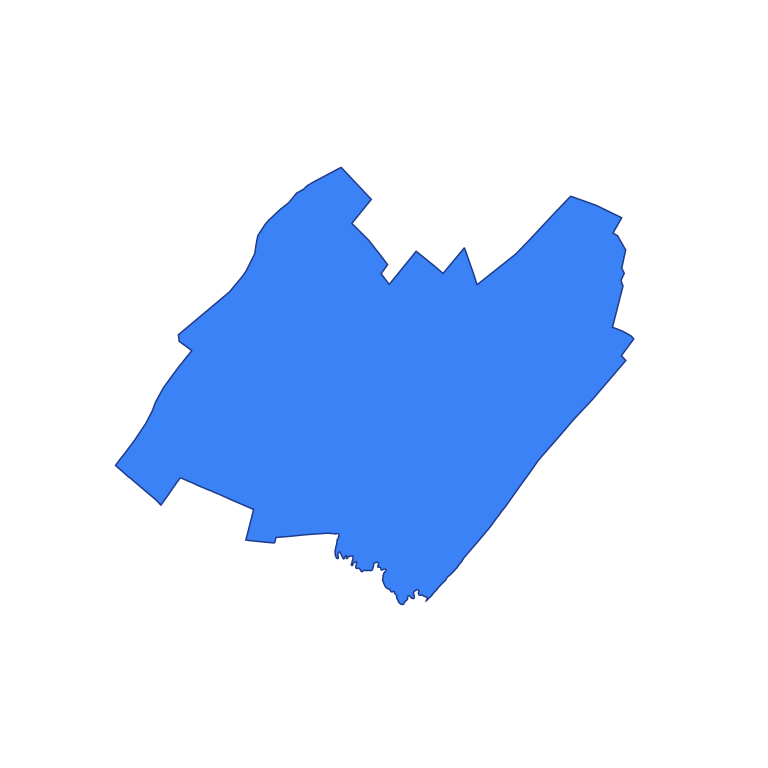 outline of Draganesti De Vede, Teleorman, Romania, rotated 160°
{"feature_id": "2599482B68753922423647", "entity_name": "Draganesti De Vede", "entity_type": "district", "adm_level": 2, "iso_a3": "ROU", "parent_name": "Romania", "parent_adm1": "Teleorman", "projection": "albers", "projection_center": [25.058, 44.14], "detail": "fine", "context": "isolated", "style": "filled", "palette": "blue", "viewbox_px": 768, "rotation_deg": 160, "n_neighbors": 0, "source": "geoboundaries", "source_scale": "gbopen_adm2", "svg_char_len": 6171}
<svg xmlns="http://www.w3.org/2000/svg" viewBox="0 0 768 768"><g transform="rotate(160 384 384)"><path d="M635.0,346.5L630.1,349.9L628.6,351.0L628.0,351.3L624.7,353.5L622.5,355.2L620.4,356.7L614.7,360.6L613.5,361.6L610.5,363.5L609.9,363.9L609.2,364.5L608.3,365.0L607.9,365.2L607.5,365.2L607.1,365.0L606.6,364.8L606.0,364.3L604.7,363.0L602.4,360.8L598.1,356.9L596.7,355.5L595.4,354.1L593.6,352.3L592.5,351.3L590.5,349.4L588.8,347.9L587.1,346.3L585.7,344.9L583.7,343.3L582.7,342.5L581.4,341.0L576.2,336.3L568.8,329.0L560.5,321.2L555.8,316.7L550.2,311.4L549.6,311.1L549.3,311.0L552.7,305.8L557.4,299.0L564.8,288.1L567.2,284.7L564.8,283.3L549.8,276.0L544.6,273.6L542.5,272.6L541.9,272.3L541.5,272.3L541.1,272.4L540.6,272.7L538.5,276.0L538.0,276.6L537.6,276.7L537.2,276.7L536.5,276.4L534.4,275.8L526.7,273.6L508.2,268.9L500.1,266.6L487.8,263.0L486.6,262.5L485.3,261.9L484.8,261.6L482.7,260.8L481.2,259.7L479.9,259.6L479.3,259.5L478.5,259.2L478.0,258.8L477.8,258.4L477.7,257.9L477.8,257.4L478.0,257.0L478.8,256.3L479.1,255.8L479.6,255.0L480.3,254.3L480.9,253.9L481.3,253.7L481.5,253.2L481.8,252.4L482.5,251.1L483.1,250.1L483.5,249.2L483.9,248.7L484.2,248.5L485.0,247.2L486.1,245.5L487.1,243.7L488.3,239.8L488.3,238.5L488.2,237.4L488.1,236.7L487.9,236.3L487.5,236.0L487.2,235.8L486.8,235.8L486.5,235.9L486.3,236.1L486.1,236.8L485.9,238.7L485.8,239.4L485.0,240.5L483.9,241.3L483.2,241.4L482.9,241.3L482.9,241.0L482.6,239.1L482.5,237.3L482.4,236.5L482.2,235.9L482.1,234.2L482.1,233.8L481.9,233.5L481.6,233.4L481.2,233.6L481.0,233.8L479.8,235.2L479.4,235.5L479.1,235.7L478.8,235.9L478.3,235.8L478.0,235.4L478.0,235.1L478.2,234.6L479.0,233.2L478.9,232.8L478.6,232.6L477.8,232.9L477.5,233.3L477.0,233.7L476.6,233.9L475.9,233.9L475.3,233.7L474.2,233.7L473.6,233.5L473.0,233.5L472.6,233.4L472.4,233.1L472.2,232.6L472.3,232.1L472.3,231.7L472.7,231.0L473.3,229.8L473.8,229.0L474.2,228.6L474.6,228.2L475.8,226.3L476.3,225.8L476.6,225.3L476.6,224.9L476.3,224.5L476.0,224.3L475.4,224.4L475.2,224.7L474.6,225.7L474.3,226.0L473.8,226.1L473.1,226.4L472.1,226.6L471.3,226.6L470.9,226.5L470.6,225.8L470.6,225.3L470.7,225.0L471.1,224.8L471.6,224.3L472.2,223.3L472.9,222.2L473.2,221.6L473.3,221.0L473.3,220.7L472.9,220.2L472.5,219.9L471.5,219.7L471.1,219.6L470.7,219.3L470.4,219.0L470.1,218.7L469.9,218.1L469.7,216.8L469.6,215.9L469.2,215.4L468.9,215.2L468.5,215.1L466.9,215.7L466.4,215.7L465.9,215.7L465.1,215.1L464.5,214.7L462.7,214.2L462.0,214.0L461.5,213.7L461.0,213.5L460.8,213.3L460.5,213.2L460.2,213.1L459.8,213.1L459.0,213.2L458.6,213.4L458.2,213.7L456.7,215.9L455.9,217.0L455.1,218.4L454.9,218.7L454.4,219.0L453.9,219.1L453.4,219.1L452.8,219.0L451.7,218.8L451.3,218.8L451.0,218.6L450.8,218.3L450.5,217.9L450.4,217.4L450.4,216.9L450.8,216.5L451.5,215.8L452.0,215.2L452.3,214.8L452.4,214.4L452.3,214.1L452.1,213.8L451.7,213.6L450.7,213.3L450.3,213.1L450.1,212.9L450.0,212.5L450.3,210.4L450.1,210.1L449.8,209.9L448.0,210.0L447.0,209.9L446.4,209.8L446.0,209.5L445.7,209.1L445.7,208.6L446.1,207.9L446.6,207.3L446.9,207.2L447.5,207.2L447.8,207.1L448.4,206.7L449.0,206.1L450.5,204.2L451.2,202.4L452.5,200.2L452.5,199.6L452.5,199.1L452.2,198.5L452.2,197.8L452.5,197.0L452.4,196.0L452.2,195.2L452.2,194.4L452.1,193.1L451.5,191.9L450.9,190.9L450.5,190.3L448.8,189.0L448.7,188.6L448.6,187.3L448.6,186.7L448.3,186.3L448.0,186.1L447.4,185.9L445.9,185.8L445.5,185.6L445.3,185.4L445.2,185.1L445.3,184.8L445.5,184.5L445.6,183.9L445.5,183.4L445.1,182.7L444.6,181.4L444.5,180.7L444.6,180.2L445.1,179.5L445.2,178.5L445.1,177.4L444.7,175.5L444.7,175.2L444.9,174.8L445.0,174.5L445.0,174.2L444.4,173.2L443.9,171.9L443.2,171.1L442.3,170.6L441.7,170.4L441.2,170.3L440.8,170.5L440.5,170.7L440.1,171.3L439.7,171.6L437.7,172.7L436.5,173.1L435.6,173.7L435.3,174.0L435.1,174.7L434.7,175.7L434.2,176.2L433.6,176.5L433.1,176.5L432.5,176.1L432.2,175.7L431.6,173.9L431.4,173.5L431.0,173.0L430.4,172.6L429.8,172.4L429.3,172.4L429.0,172.5L428.7,172.7L428.5,173.0L427.9,175.3L427.9,175.8L427.9,176.3L428.2,176.7L428.2,177.1L428.1,177.5L427.8,177.7L426.3,178.8L425.7,179.0L424.5,179.2L423.4,179.3L422.9,179.3L422.5,179.1L422.2,178.8L421.9,178.4L421.8,178.0L421.8,177.5L422.1,177.1L422.6,176.7L422.9,176.3L423.1,175.9L423.3,175.3L423.4,174.7L423.3,174.2L423.1,173.7L422.8,173.4L422.4,173.2L422.0,173.0L420.7,172.9L420.3,172.7L419.9,172.2L419.4,171.4L418.7,170.6L417.8,169.9L417.0,169.3L416.7,168.8L416.6,168.2L416.7,167.8L416.8,167.4L417.1,167.0L417.5,166.7L418.1,166.4L418.4,165.9L416.8,166.4L415.6,167.2L414.9,167.5L413.1,168.2L411.8,168.8L410.1,169.9L408.6,170.8L406.7,171.8L405.1,172.5L403.9,173.2L401.6,174.7L399.7,175.5L397.1,176.9L396.0,177.3L395.1,177.7L393.8,178.3L392.9,178.8L392.0,179.6L391.3,180.4L390.8,180.6L389.9,181.1L387.7,181.8L386.4,182.3L385.0,182.9L383.2,183.9L382.3,184.2L380.3,185.4L379.5,185.8L378.9,185.9L376.5,187.7L374.6,189.0L373.8,189.5L372.4,190.2L370.9,191.1L370.8,191.3L370.6,191.8L370.3,191.9L369.8,192.2L368.7,193.1L355.8,200.4L351.4,202.8L342.3,208.0L339.2,209.9L337.5,210.8L336.2,211.4L335.1,212.2L330.8,214.8L328.4,216.5L325.0,218.9L322.9,220.2L320.5,221.6L319.9,222.1L317.7,223.7L312.3,226.9L290.6,241.9L278.3,250.2L264.7,259.7L254.9,265.1L238.7,274.0L218.4,285.5L193.1,298.3L148.7,323.4L151.3,329.4L133.9,340.9L135.3,344.6L141.9,352.2L149.9,359.2L125.9,394.3L125.9,400.3L120.4,405.8L120.9,411.7L111.0,427.4L111.1,427.5L113.8,443.4L117.2,447.5L103.8,458.9L116.8,472.4L123.5,479.3L144.1,496.4L145.7,496.0L164.9,486.5L198.6,469.4L215.9,461.0L262.4,445.5L262.6,446.6L262.2,454.5L261.8,484.0L262.2,484.3L290.7,467.7L296.3,477.7L308.4,497.7L345.0,475.8L349.0,488.6L339.8,494.9L342.7,504.5L349.1,524.1L359.3,545.9L332.8,561.8L350.1,602.1L352.1,602.0L382.3,597.8L388.6,596.5L393.1,594.5L400.8,593.3L411.6,586.9L421.1,583.8L436.2,577.4L441.4,574.5L451.9,566.5L456.4,559.0L460.9,550.6L475.1,537.2L480.7,533.3L497.7,523.4L560.4,500.6L561.3,496.3L561.9,494.2L553.2,481.1L571.7,469.9L581.5,463.4L592.6,455.9L605.0,445.0L610.7,438.2L621.5,428.3L637.3,416.7L651.0,407.7L653.7,406.0L656.5,404.4L664.2,399.3L661.4,394.3L657.1,386.4L655.6,383.6L654.8,382.8L653.7,380.7L645.0,365.4L641.3,358.9L639.0,355.1L636.9,350.8L635.7,347.9L635.0,346.5Z" fill="#3b82f6" stroke="#1e3a8a" stroke-width="1.5"/></g></svg>